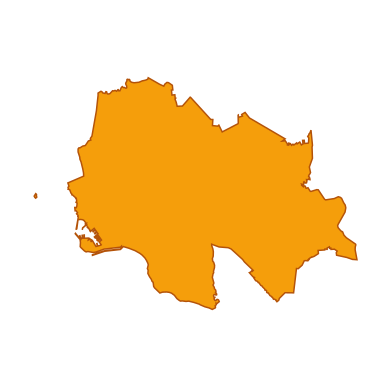 Veracruz, Veracruz, Mexico (Robinson projection), rotated 174°
{"feature_id": "50627088B35395028449016", "entity_name": "Veracruz", "entity_type": "district", "adm_level": 2, "iso_a3": "MEX", "parent_name": "Mexico", "parent_adm1": "Veracruz", "projection": "robinson", "projection_center": [-96.213, 19.184], "detail": "fine", "context": "isolated", "style": "filled", "palette": "amber", "viewbox_px": 384, "rotation_deg": 174, "n_neighbors": 0, "source": "geoboundaries", "source_scale": "gbopen_adm2", "svg_char_len": 5964}
<svg xmlns="http://www.w3.org/2000/svg" viewBox="0 0 384 384"><g transform="rotate(174 192 192)"><path d="M35.0,107.4L35.8,117.5L35.4,120.2L34.6,122.3L34.8,123.1L43.3,130.4L45.4,133.2L46.3,136.4L46.6,136.9L47.2,136.9L48.9,139.0L50.2,140.9L50.6,141.9L50.6,143.7L49.6,145.2L41.9,156.0L40.7,160.2L41.0,163.0L42.3,165.5L43.9,170.1L45.1,171.2L47.0,172.0L51.2,170.6L59.9,170.2L60.9,170.9L66.2,181.0L67.6,181.3L73.7,180.1L74.5,180.6L76.2,184.1L77.9,183.8L78.4,184.1L78.6,185.5L79.1,186.2L79.8,186.3L80.6,185.5L82.3,187.3L82.0,187.9L82.2,188.4L81.5,188.2L81.1,187.4L80.3,187.5L79.9,188.8L79.9,190.2L79.5,190.5L78.6,189.3L78.0,189.0L77.2,189.1L76.7,190.3L76.8,192.4L75.7,192.1L74.4,192.9L74.4,192.3L73.4,191.9L73.3,192.4L73.7,194.6L74.4,195.0L74.4,195.5L73.7,196.9L73.4,197.0L72.1,198.9L72.7,204.6L68.7,212.9L67.9,224.2L67.3,225.8L67.2,241.1L68.5,238.5L69.6,237.5L70.0,236.4L71.1,235.2L70.2,233.5L70.9,229.3L71.4,228.4L75.0,228.5L75.0,231.7L76.6,231.8L76.6,228.2L78.3,227.4L79.6,230.4L82.4,228.9L82.8,229.9L85.8,228.1L86.6,229.0L88.1,228.0L88.7,229.2L89.3,229.3L89.2,229.9L90.6,230.5L91.0,228.5L92.2,228.8L92.1,229.9L93.9,233.2L96.9,233.2L93.8,235.1L127.1,259.6L130.9,265.6L134.5,263.9L133.9,262.2L138.1,261.4L137.9,263.7L138.1,263.6L138.8,255.6L139.1,255.1L155.7,248.6L158.3,255.7L159.5,254.8L164.7,255.9L163.7,261.9L165.8,262.2L183.4,286.1L183.9,286.5L192.5,278.5L197.8,278.8L198.3,282.8L199.2,286.2L198.7,286.7L198.9,286.7L198.9,290.5L201.8,290.5L201.8,295.5L200.4,295.5L200.4,300.2L203.9,303.2L205.5,303.6L207.9,302.0L209.0,300.2L212.9,302.5L223.6,310.2L224.2,308.8L226.5,308.1L230.0,307.7L233.2,306.7L238.2,306.7L240.8,307.5L242.2,309.0L242.1,309.9L242.8,310.6L243.3,310.3L244.4,310.9L244.9,310.7L245.2,309.2L246.6,307.1L246.5,305.7L245.9,304.4L246.0,302.6L246.3,302.2L247.2,302.2L248.2,303.0L249.3,303.0L250.3,304.1L251.4,303.3L253.1,300.2L254.3,300.3L254.7,301.5L255.0,301.5L256.4,300.1L257.9,301.1L259.3,300.7L260.4,301.0L263.4,298.4L264.5,298.2L265.8,298.4L266.2,298.8L266.4,300.5L266.7,300.7L267.1,300.8L268.2,299.1L270.3,299.8L270.9,300.9L272.0,301.7L275.1,300.2L275.3,298.0L278.6,282.7L285.3,259.3L285.7,258.0L287.4,256.0L287.5,255.3L287.2,254.2L289.7,253.6L293.2,249.4L295.8,249.1L298.7,247.7L299.9,247.7L300.8,246.7L301.1,243.7L300.0,238.5L300.0,236.2L299.2,233.6L298.2,226.3L297.9,222.2L298.1,219.1L314.5,214.0L313.8,210.7L314.8,209.6L314.6,208.4L315.0,207.8L313.4,207.0L312.5,203.6L311.7,202.5L311.8,201.8L311.1,201.5L308.0,198.1L308.3,197.9L308.1,197.5L307.8,197.6L307.6,195.8L307.8,194.4L308.2,194.0L308.9,194.3L307.4,192.9L308.1,189.7L308.8,188.5L310.1,188.8L310.2,189.6L310.2,185.5L309.3,185.5L308.0,183.3L309.1,182.4L307.8,180.7L308.1,179.7L307.8,179.6L307.9,178.2L311.1,167.2L310.7,167.1L310.4,167.5L308.3,176.3L306.1,176.4L304.1,176.0L302.6,175.2L300.7,172.2L301.0,171.9L300.6,171.9L301.3,171.3L301.2,171.1L300.5,171.7L300.0,170.9L304.5,167.8L305.1,165.8L304.4,167.7L300.6,170.3L299.0,167.4L299.4,167.4L299.0,166.9L298.9,167.2L297.2,164.3L297.5,164.1L298.0,164.8L297.4,163.7L297.2,164.2L296.8,163.6L293.1,166.1L292.3,164.7L294.6,163.2L294.4,162.8L292.1,164.3L291.2,162.7L293.2,161.3L292.8,160.5L290.7,161.8L289.8,160.3L293.8,157.5L293.1,156.4L289.8,158.6L289.0,157.3L291.7,155.5L291.5,155.2L288.9,157.0L288.4,156.2L291.5,154.1L291.1,153.5L290.7,153.7L290.4,153.3L287.8,155.1L287.0,153.7L289.5,152.0L287.8,149.0L288.2,148.7L291.4,148.1L291.8,150.7L292.1,150.6L291.7,148.1L293.2,147.8L296.0,153.9L297.1,153.3L297.5,153.3L297.7,153.9L296.7,154.7L298.8,156.4L299.2,155.4L300.1,155.1L299.5,156.4L299.8,156.5L299.7,157.0L302.4,157.2L302.5,157.6L302.5,157.2L303.9,157.4L303.6,160.5L303.9,160.5L304.2,157.3L305.7,157.6L305.5,160.4L305.8,160.4L306.0,157.8L306.2,157.5L306.8,157.7L307.5,156.5L308.0,160.2L308.4,160.1L307.7,156.5L307.9,156.5L312.2,163.1L312.5,162.7L308.3,156.5L308.2,153.5L308.9,149.3L308.2,148.2L305.1,144.6L303.6,143.5L301.7,143.7L296.6,142.2L294.0,142.3L285.5,144.4L270.1,144.6L268.8,144.7L267.7,145.6L267.6,144.2L269.2,142.8L285.1,142.7L297.6,140.0L297.6,139.4L285.1,142.2L269.2,142.3L266.0,144.9L260.9,142.8L254.7,139.6L250.2,136.4L248.2,134.5L245.7,131.3L244.5,128.9L243.4,125.9L243.1,124.1L244.4,120.5L243.8,118.8L244.4,115.6L243.1,112.2L241.7,109.6L241.0,107.2L240.1,106.3L240.0,102.1L239.3,100.6L234.5,94.9L231.7,95.5L227.7,95.2L225.1,94.6L222.9,93.5L220.3,91.1L218.1,87.5L215.9,85.4L214.8,84.7L213.1,84.7L209.4,83.8L206.7,83.8L201.7,82.0L196.3,79.6L195.7,79.0L191.2,76.5L187.1,74.9L184.1,73.1L181.0,74.3L180.6,75.1L180.9,76.4L179.6,77.4L179.7,78.9L178.8,78.5L176.4,80.1L176.8,81.7L177.4,82.3L178.3,82.6L179.0,82.3L179.4,81.6L180.0,81.5L180.7,82.0L181.3,83.5L180.3,84.8L181.1,85.0L181.4,86.0L181.4,86.8L180.8,87.7L179.7,87.7L178.9,87.0L178.3,87.1L178.1,87.9L179.1,89.7L178.6,90.1L178.7,92.0L179.8,93.5L179.8,94.8L180.8,97.1L180.6,97.8L180.0,98.4L179.8,99.5L180.7,104.9L179.6,108.5L178.9,109.4L178.9,111.0L177.6,114.3L177.2,116.8L177.8,119.9L178.6,120.9L178.7,123.6L177.6,126.0L177.0,130.4L177.2,133.3L178.0,136.6L177.9,138.0L170.8,134.5L161.7,132.8L159.0,131.2L148.7,119.6L147.2,117.0L139.3,107.6L140.4,106.8L140.8,107.4L142.2,106.2L143.4,105.8L140.3,101.4L138.9,100.5L139.5,100.1L139.4,99.9L138.0,97.2L136.3,96.3L135.6,95.0L135.1,95.0L133.3,91.9L132.0,91.0L131.8,90.3L129.9,88.0L129.6,86.7L129.0,86.8L128.2,86.1L128.2,84.5L127.6,83.8L126.8,83.8L125.3,80.9L124.0,79.9L123.8,79.3L123.0,78.9L122.2,76.9L121.9,77.0L121.0,76.7L119.7,75.7L119.9,75.4L119.0,74.0L117.1,75.2L116.2,77.1L110.0,82.1L101.5,81.1L96.1,105.0L94.4,104.6L90.1,107.7L87.6,111.8L86.7,112.0L85.7,111.7L84.4,111.8L83.5,112.6L83.5,111.9L82.4,112.9L81.9,113.8L79.8,114.8L79.7,114.6L77.3,115.2L73.1,117.3L72.7,117.6L72.7,120.7L66.0,120.5L65.9,121.3L65.3,121.3L63.8,121.2L63.7,120.2L63.4,122.2L61.1,123.1L61.0,121.6L59.8,121.7L59.8,120.4L56.3,120.2L53.8,118.1L54.9,116.5L54.8,114.0L44.8,110.7L39.5,108.2L35.0,107.4ZM347.6,206.7L349.4,204.4L348.9,203.1L348.1,202.2L346.9,203.1L347.1,205.0L346.9,205.9L347.6,206.7Z" fill="#f59e0b" stroke="#b45309" stroke-width="1.5"/></g></svg>